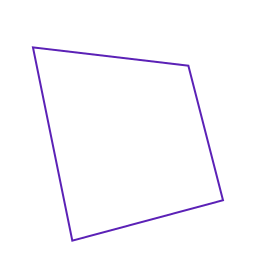 outline of Jwaneng, rotated 348°
{"feature_id": "BWA-5506", "entity_name": "Jwaneng", "entity_type": "Town", "adm_level": 1, "iso_a3": "BWA", "parent_name": "Botswana", "parent_adm1": "", "projection": "robinson", "projection_center": [24.71, -24.561], "detail": "fine", "context": "isolated", "style": "outline", "palette": "violet", "viewbox_px": 256, "rotation_deg": 348, "n_neighbors": 0, "source": "natural_earth", "source_scale": "10m", "svg_char_len": 220}
<svg xmlns="http://www.w3.org/2000/svg" viewBox="0 0 256 256"><g transform="rotate(348 128 128)"><path d="M51.8,29.4L200.0,79.6L205.9,218.4L50.1,226.6L51.8,29.4Z" fill="none" stroke="#5b21b6" stroke-width="2"/></g></svg>